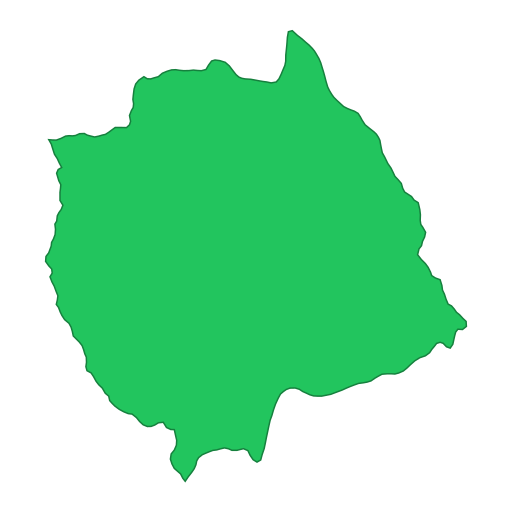 the district of Indaiabira, Minas Gerais, Brazil
{"feature_id": "56859067B4422919980234", "entity_name": "Indaiabira", "entity_type": "district", "adm_level": 2, "iso_a3": "BRA", "parent_name": "Brazil", "parent_adm1": "Minas Gerais", "projection": "robinson", "projection_center": [-42.141, -15.564], "detail": "fine", "context": "isolated", "style": "filled", "palette": "green", "viewbox_px": 512, "rotation_deg": 0, "n_neighbors": 0, "source": "geoboundaries", "source_scale": "gbopen_adm2", "svg_char_len": 4011}
<svg xmlns="http://www.w3.org/2000/svg" viewBox="0 0 512 512"><path d="M462.5,329.5L466.4,326.4L466.1,321.4L462.8,318.3L459.6,314.8L456.5,312.3L454.2,309.0L451.5,305.9L448.1,304.1L446.0,299.1L444.4,294.1L442.5,290.1L441.9,285.5L440.1,279.7L435.4,278.0L431.7,275.6L430.5,272.1L428.1,267.3L425.4,263.6L421.3,259.5L417.6,254.7L419.0,248.9L421.5,245.7L422.5,241.4L424.6,237.0L425.6,232.3L422.9,227.5L420.8,224.4L420.2,220.3L420.4,214.8L419.8,209.6L418.2,202.7L414.1,200.1L411.5,196.5L407.8,194.1L404.6,192.0L402.7,188.3L401.3,183.4L398.3,179.9L394.9,176.3L393.2,172.6L391.0,168.1L387.8,163.5L384.7,157.1L382.3,152.8L381.5,149.1L380.7,145.0L379.9,140.4L378.4,137.3L376.4,134.2L373.9,131.8L369.8,128.6L365.1,124.8L362.0,120.0L360.3,116.8L358.1,113.4L354.4,111.2L351.1,110.0L347.4,108.5L343.7,106.6L340.6,103.8L336.9,100.4L333.9,97.4L331.8,94.5L329.5,90.7L327.7,87.0L326.0,81.3L324.7,76.2L323.5,71.9L322.0,67.0L320.7,62.7L318.9,58.5L316.4,54.2L314.5,51.1L312.3,48.4L309.1,45.1L305.5,42.1L302.1,39.0L297.4,35.4L292.3,30.7L288.4,31.7L287.4,37.3L286.9,44.3L286.4,49.3L285.8,55.0L285.7,61.3L284.9,65.4L282.8,70.3L281.2,74.2L279.0,78.8L276.2,82.0L271.2,82.9L266.9,82.0L263.1,81.5L259.5,80.9L255.8,80.2L250.9,79.3L245.0,78.9L241.9,78.3L238.9,77.1L236.0,74.6L232.8,70.5L229.3,65.9L225.2,62.3L219.7,60.6L215.0,60.0L211.6,61.0L208.5,65.2L206.0,69.5L201.4,70.7L197.5,70.5L193.4,70.1L189.0,70.6L183.6,70.7L179.5,70.3L175.6,69.7L171.6,69.9L167.2,71.2L162.4,73.2L158.3,76.7L153.9,77.9L150.7,78.9L147.3,78.8L143.9,76.7L138.8,80.2L135.7,84.0L134.1,88.9L133.3,95.3L132.9,99.4L133.6,103.7L133.2,107.5L131.4,110.6L129.5,115.5L130.6,121.3L129.5,124.8L126.5,127.6L121.5,127.5L115.2,127.5L111.9,129.9L108.7,132.3L105.4,134.4L102.2,135.1L98.9,136.1L94.6,137.0L90.5,136.0L87.2,135.1L84.3,133.5L79.6,133.7L75.5,135.5L72.4,135.9L69.1,135.7L65.6,136.1L61.0,138.4L56.3,140.1L52.5,140.0L48.8,139.7L51.3,144.1L52.7,148.7L54.5,154.3L57.3,158.6L59.3,163.0L61.7,167.5L58.2,169.5L56.6,173.2L57.8,177.3L58.8,180.7L60.8,184.7L60.5,188.3L60.0,192.4L60.0,200.5L62.9,205.2L61.2,209.5L59.0,212.5L57.3,215.8L56.7,221.1L54.9,224.1L55.5,229.3L55.1,234.6L53.4,239.1L51.6,242.4L51.2,246.1L50.0,249.4L48.7,252.9L46.0,256.4L45.6,261.4L48.8,265.9L51.7,269.0L52.2,273.1L50.0,276.8L52.0,282.0L54.2,286.1L56.1,291.3L57.9,295.8L57.3,300.2L56.3,304.4L58.5,307.4L60.2,311.9L62.0,315.6L64.6,319.6L69.0,323.3L71.1,327.2L72.3,331.3L73.3,336.0L75.8,338.5L79.2,341.9L82.1,345.6L83.6,349.6L84.8,353.8L86.3,357.1L86.5,362.3L85.9,366.7L87.0,370.7L91.1,372.9L93.5,376.5L96.1,381.3L98.8,384.8L102.3,388.1L105.3,393.3L108.7,396.1L109.7,400.6L112.1,403.3L115.0,406.2L119.2,409.3L123.8,411.8L128.2,413.6L132.1,414.1L136.5,417.6L139.6,421.5L143.2,424.8L147.4,426.5L151.1,426.4L154.8,425.0L158.4,422.8L163.3,422.3L166.5,427.5L170.8,429.5L174.3,429.6L175.5,435.1L176.7,440.3L176.4,445.2L174.3,450.1L171.2,453.9L170.4,459.1L172.0,464.0L174.3,468.4L177.5,471.2L180.6,473.9L182.9,478.4L185.2,481.3L188.3,476.7L191.6,472.5L194.2,468.7L195.9,464.8L196.7,460.9L198.6,457.6L202.3,454.7L205.7,453.2L209.6,451.6L212.8,450.4L216.7,449.9L220.6,448.8L224.5,447.9L228.6,448.8L231.9,450.3L237.0,450.3L240.5,449.4L243.5,448.7L247.9,450.6L250.1,455.3L253.1,459.7L257.0,462.1L260.7,460.0L262.1,454.7L264.2,448.5L265.4,442.7L266.5,437.0L267.4,432.8L268.3,428.5L269.1,424.8L270.1,420.3L271.8,415.7L273.5,409.8L275.5,404.1L278.2,398.2L280.5,394.0L283.3,391.6L286.2,389.5L289.9,388.1L295.2,388.0L299.4,389.3L302.7,391.5L306.5,393.2L309.9,394.8L313.6,395.9L317.5,396.1L321.8,396.1L326.3,395.2L330.8,394.3L334.2,393.0L337.7,391.7L342.0,390.1L346.4,388.1L350.2,386.5L354.1,385.0L358.6,383.4L363.2,382.8L367.1,382.1L371.0,380.9L374.7,378.3L378.1,376.3L382.0,374.2L387.1,373.8L391.5,373.8L394.9,374.0L398.7,373.0L403.3,371.0L407.2,367.8L410.4,364.7L414.8,360.8L419.8,357.7L425.4,355.8L429.6,352.7L431.7,349.5L434.3,346.4L436.6,343.4L440.1,342.3L443.2,343.3L446.5,346.8L450.2,348.1L452.8,344.3L453.8,339.7L454.7,335.7L455.7,332.0L457.9,329.2L462.5,329.5Z" fill="#22c55e" stroke="#15803d" stroke-width="1.5"/></svg>